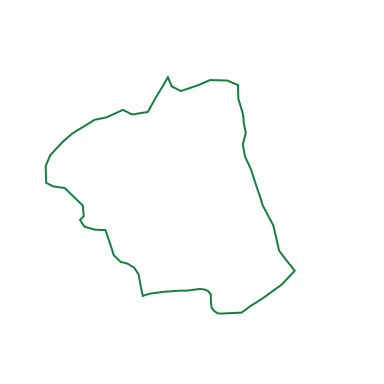 outline of Tongchang, P'yŏngan-bukto, North Korea, rotated 133°
{"feature_id": "82179303B87943019672886", "entity_name": "Tongchang", "entity_type": "district", "adm_level": 2, "iso_a3": "PRK", "parent_name": "North Korea", "parent_adm1": "P'yŏngan-bukto", "projection": "orthographic", "projection_center": [125.536, 40.225], "detail": "fine", "context": "isolated", "style": "outline", "palette": "green", "viewbox_px": 384, "rotation_deg": 133, "n_neighbors": 0, "source": "geoboundaries", "source_scale": "gbopen_adm2", "svg_char_len": 1045}
<svg xmlns="http://www.w3.org/2000/svg" viewBox="0 0 384 384"><g transform="rotate(133 192 192)"><path d="M101.2,206.6L97.9,211.8L92.3,221.6L82.4,231.3L86.6,242.5L97.8,255.1L110.4,260.7L125.8,269.1L128.6,278.9L124.5,287.9L132.8,285.9L146.8,283.1L163.6,278.9L176.2,288.7L179.0,298.5L195.8,305.5L205.7,312.5L230.9,319.5L243.5,320.8L261.8,320.8L273.0,316.6L284.7,304.9L282.7,297.6L275.9,287.8L276.2,274.2L276.4,262.5L283.6,254.7L288.8,254.8L290.7,247.0L285.7,237.2L278.9,229.4L286.1,215.8L291.6,206.1L291.8,196.4L288.4,190.5L286.8,182.7L288.7,174.9L295.9,165.2L301.6,157.1L298.8,155.7L294.7,153.2L284.1,144.5L271.0,132.2L267.9,128.7L257.4,120.0L254.9,116.5L253.5,113.0L254.0,108.5L260.6,102.1L263.3,98.6L263.9,94.5L263.3,90.6L260.5,87.1L258.1,84.9L246.4,73.5L235.1,71.4L228.1,69.4L219.5,67.4L209.1,65.3L198.7,63.3L188.2,63.2L179.5,63.2L177.5,76.8L175.5,88.4L170.1,96.2L161.0,109.7L153.6,131.1L148.1,140.8L140.8,154.4L135.4,164.0L129.8,177.6L122.6,187.3L112.0,193.0L106.6,200.8L101.2,206.6Z" fill="none" stroke="#15803d" stroke-width="2"/></g></svg>